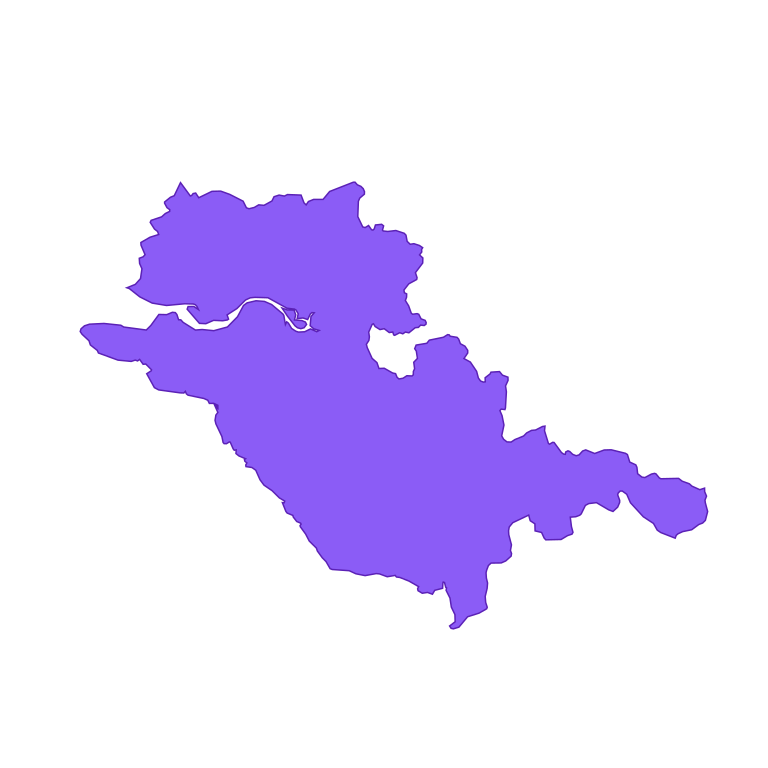 SVG path tracing the border of Jiangsu, rotated 162°
{"feature_id": "CHN-1818", "entity_name": "Jiangsu", "entity_type": "Province", "adm_level": 1, "iso_a3": "CHN", "parent_name": "China", "parent_adm1": "", "projection": "mercator", "projection_center": [119.061, 32.938], "detail": "fine", "context": "isolated", "style": "filled", "palette": "violet", "viewbox_px": 768, "rotation_deg": 162, "n_neighbors": 0, "source": "natural_earth", "source_scale": "10m", "svg_char_len": 6172}
<svg xmlns="http://www.w3.org/2000/svg" viewBox="0 0 768 768"><g transform="rotate(162 384 384)"><path d="M396.4,133.6L389.8,135.9L387.8,142.8L388.9,151.0L387.4,160.0L388.7,168.6L387.5,170.8L388.1,171.6L387.8,176.5L388.9,177.3L389.5,176.5L391.4,171.6L399.5,172.1L402.9,169.1L407.0,172.3L412.3,173.2L415.5,176.9L415.3,178.9L413.7,180.6L421.1,188.8L428.7,195.1L431.8,196.6L432.5,198.5L440.5,199.7L447.0,204.8L450.0,206.1L461.2,207.6L469.4,212.2L474.8,217.2L490.6,223.6L492.3,225.0L494.0,233.0L496.4,237.8L499.0,245.8L499.0,248.8L503.6,257.7L504.9,265.5L507.7,274.1L507.6,275.3L506.2,276.3L506.3,277.4L509.5,280.2L511.4,285.5L511.3,287.2L516.0,291.2L516.7,293.2L517.3,302.6L515.7,301.9L514.6,303.3L518.7,308.0L523.4,317.1L529.4,324.9L531.5,331.2L532.6,341.6L535.4,345.4L540.8,348.1L540.5,349.7L538.8,351.3L540.2,353.5L540.1,355.3L538.8,355.7L544.2,360.4L546.3,363.6L544.9,367.0L546.9,367.3L547.5,368.9L548.2,376.2L549.0,376.7L552.3,375.9L554.5,376.7L555.1,378.1L554.4,384.1L556.2,398.0L555.9,401.7L553.5,406.4L550.8,408.3L551.6,416.0L549.9,414.3L550.3,412.7L549.6,411.9L548.6,415.1L551.9,418.2L556.1,419.5L556.6,423.0L559.8,425.9L573.8,433.9L575.0,435.7L575.2,438.4L577.1,437.3L580.7,438.6L600.1,448.0L603.5,451.5L606.5,467.1L601.3,468.5L600.7,469.3L604.4,476.6L607.0,477.2L608.8,482.9L611.2,482.1L613.2,483.6L617.4,483.6L629.6,488.9L646.0,501.7L646.3,504.5L651.2,511.9L651.2,516.3L655.8,524.6L656.7,527.8L655.1,530.1L650.9,531.9L645.6,531.9L631.6,528.1L616.1,521.2L613.9,518.6L593.4,508.8L587.7,511.7L576.6,519.7L569.2,517.1L563.1,517.6L560.4,516.4L559.5,514.1L559.5,508.6L557.4,507.8L556.0,504.7L546.7,493.6L540.1,492.0L529.4,487.3L515.3,486.6L502.6,493.2L493.3,502.1L489.1,503.5L480.0,502.7L472.2,499.5L466.3,494.3L458.5,481.8L458.1,480.1L459.4,471.0L457.3,473.2L456.1,471.4L454.7,465.4L451.6,461.5L449.3,459.8L443.3,458.2L436.9,459.1L431.8,454.5L429.1,455.0L433.8,458.2L436.2,462.3L432.6,470.7L428.4,473.3L430.5,474.2L432.3,473.5L436.7,468.9L440.6,471.8L446.3,473.1L443.9,477.3L444.8,481.5L446.0,482.9L452.9,486.1L467.7,501.9L480.0,506.3L484.6,507.3L489.7,506.7L500.6,501.2L511.9,498.2L511.8,493.7L513.2,493.3L517.9,494.0L526.4,497.2L534.8,496.4L540.8,498.7L548.1,516.0L546.4,518.2L540.9,516.5L537.5,512.2L537.9,515.6L538.9,517.7L540.6,519.0L548.8,521.9L566.6,525.9L579.5,532.6L589.3,542.3L596.7,553.4L598.8,555.0L589.7,555.6L583.0,559.5L578.6,568.4L579.2,574.1L577.9,579.2L573.8,579.4L571.3,580.8L572.2,591.1L571.5,593.7L561.2,595.9L552.1,595.8L552.2,599.0L554.4,602.3L556.4,610.0L554.9,611.6L543.8,611.7L539.3,613.7L534.5,614.4L533.9,616.0L535.9,618.8L536.8,623.8L536.4,624.9L529.4,627.6L525.3,627.9L515.3,638.4L510.1,622.7L508.7,622.7L506.7,624.1L504.1,623.8L502.6,618.4L488.1,620.4L479.7,617.9L472.1,612.0L461.5,601.4L460.4,594.1L458.2,592.4L452.8,592.0L447.8,593.1L442.9,591.0L434.0,592.7L430.7,596.1L425.4,596.1L420.6,593.5L417.3,594.0L404.5,589.3L404.1,581.0L402.7,578.4L399.5,580.9L393.9,581.3L384.9,578.4L376.2,583.9L350.8,585.4L349.2,584.9L347.8,581.7L344.9,579.1L343.4,576.2L343.1,573.0L344.0,570.6L349.6,568.3L351.9,565.7L357.2,551.3L355.7,540.0L353.6,538.6L349.7,539.5L348.2,534.6L347.0,533.8L345.4,534.5L343.0,537.9L336.9,536.6L335.5,534.5L337.9,530.8L337.5,529.8L333.3,527.9L325.3,526.3L318.2,521.1L317.1,518.8L317.9,512.5L315.9,508.8L312.2,508.2L307.5,504.8L305.1,501.7L306.7,500.3L307.3,497.9L310.3,495.8L308.1,491.9L309.8,487.1L319.7,480.2L319.7,474.9L320.6,473.3L329.5,471.6L336.0,467.2L336.4,464.5L334.6,462.7L335.7,459.6L337.9,456.8L336.4,450.7L336.2,442.9L335.2,441.5L330.8,440.7L329.4,439.6L328.6,434.5L325.2,431.8L324.9,429.4L325.6,427.9L327.7,427.2L331.0,428.7L333.8,427.2L336.9,427.9L344.5,425.0L347.6,426.8L350.6,425.9L353.2,427.9L358.8,427.0L359.6,427.7L359.6,430.7L363.1,431.3L366.7,436.5L371.0,437.0L374.7,441.4L375.4,444.5L376.8,444.4L382.5,438.1L383.3,433.4L384.9,430.1L388.5,427.2L388.7,423.7L387.4,412.1L384.1,406.5L384.0,400.3L378.9,398.9L372.4,391.8L369.8,390.3L369.5,386.3L368.2,384.2L364.1,383.6L359.7,384.8L354.9,383.0L353.3,383.7L352.2,386.9L350.2,389.0L349.0,395.5L344.3,398.0L343.1,405.3L343.9,408.1L341.4,411.1L330.7,409.5L327.3,411.7L313.0,410.1L308.2,411.3L306.8,410.6L306.3,409.0L300.1,405.8L299.1,403.6L298.9,398.7L295.3,394.9L294.0,390.1L294.8,387.6L300.1,383.5L295.1,378.2L292.0,367.4L292.4,360.5L291.2,357.0L288.9,355.1L287.0,354.8L285.9,358.7L280.0,360.8L278.6,362.2L270.3,360.1L268.6,355.8L264.0,352.2L264.9,349.1L269.0,344.6L270.0,338.8L275.9,323.7L276.9,322.3L280.3,323.9L282.0,322.9L281.5,317.4L282.6,307.9L288.1,298.3L287.3,294.4L284.9,290.9L281.0,289.5L276.7,290.7L267.3,291.4L263.4,293.4L258.0,294.3L254.1,293.4L246.4,294.6L243.9,294.2L245.8,289.9L246.0,276.7L245.2,275.6L241.6,276.4L240.3,275.8L236.4,264.0L234.8,261.8L233.3,261.1L232.2,263.2L229.7,263.6L228.2,262.4L226.3,258.8L223.4,256.4L220.4,256.3L215.8,258.9L212.5,259.0L205.1,252.8L195.0,253.2L188.2,251.2L175.8,243.5L174.3,241.7L174.4,233.8L169.5,229.3L169.2,226.6L170.5,220.3L167.5,215.8L164.8,214.4L157.5,215.7L154.3,215.4L153.1,214.5L151.2,209.6L149.9,208.3L133.0,203.2L130.4,199.4L124.4,194.7L122.7,191.7L116.3,185.9L111.3,185.9L112.3,182.5L111.9,177.7L114.6,174.4L115.1,171.8L115.6,162.7L120.5,155.0L123.9,153.3L128.0,153.1L136.4,150.3L145.5,151.3L150.6,150.7L152.8,149.8L154.7,147.4L166.7,157.2L169.3,160.6L170.8,168.1L178.4,177.6L186.3,194.9L187.2,204.1L190.4,208.5L192.5,209.2L195.0,207.9L196.0,206.4L195.8,200.5L196.5,198.5L199.8,194.7L205.6,192.0L209.2,194.9L218.6,205.5L226.2,207.0L230.0,206.3L236.6,199.5L238.4,198.7L242.6,198.5L248.0,199.8L249.8,190.4L250.1,184.5L251.6,183.1L256.2,183.1L263.6,181.4L278.3,185.8L279.3,188.0L280.0,194.1L285.7,197.6L283.7,204.4L287.2,208.8L286.9,214.6L304.4,212.3L309.1,209.3L310.9,205.9L311.9,202.1L312.5,191.6L315.2,186.6L315.1,183.3L316.3,181.0L322.9,178.1L327.8,177.6L337.5,180.6L340.8,179.1L344.0,175.1L345.3,172.9L346.6,167.8L347.0,162.7L349.1,157.7L353.4,150.7L354.8,144.8L354.8,139.8L355.8,138.5L364.4,136.7L376.4,136.8L387.9,129.6L393.7,129.7L395.7,130.9L396.4,133.6ZM454.8,478.2L457.5,487.7L453.2,484.4L446.7,482.1L446.6,477.0L449.4,472.6L442.5,469.7L439.6,467.2L439.2,464.6L442.6,462.2L446.0,462.3L448.9,464.2L450.7,466.9L454.8,478.2Z" fill="#8b5cf6" stroke="#5b21b6" stroke-width="1.5"/></g></svg>